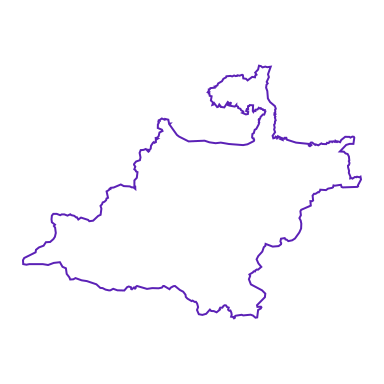 Bandung, Jawa Barat, Indonesia
{"feature_id": "22746128B73297609500416", "entity_name": "Bandung", "entity_type": "district", "adm_level": 2, "iso_a3": "IDN", "parent_name": "Indonesia", "parent_adm1": "Jawa Barat", "projection": "mercator", "projection_center": [107.664, -7.063], "detail": "fine", "context": "isolated", "style": "outline", "palette": "violet", "viewbox_px": 384, "rotation_deg": 0, "n_neighbors": 0, "source": "geoboundaries", "source_scale": "gbopen_adm2", "svg_char_len": 6023}
<svg xmlns="http://www.w3.org/2000/svg" viewBox="0 0 384 384"><path d="M270.7,66.7L267.3,67.2L265.3,66.6L262.5,67.4L260.9,66.1L259.0,65.7L258.1,69.5L255.2,72.6L256.5,74.7L255.3,75.4L255.0,77.3L252.2,76.9L247.6,80.4L246.0,78.8L243.3,78.4L242.9,75.2L242.1,74.8L239.6,75.7L237.4,75.3L237.1,75.9L235.6,76.1L234.1,75.5L232.2,76.4L230.4,75.9L226.4,76.3L226.0,77.4L223.4,78.8L222.0,81.2L218.1,83.5L217.4,85.4L216.0,86.0L215.8,86.7L214.6,86.6L214.7,87.7L210.4,88.1L209.8,89.2L208.8,89.4L208.9,90.5L207.9,92.1L209.3,92.2L208.8,93.5L209.4,93.7L209.7,95.8L211.6,96.3L210.9,100.5L213.1,102.6L212.4,104.9L213.8,104.4L214.3,103.3L217.2,107.1L218.1,106.8L219.3,104.5L219.7,105.0L218.9,105.8L220.6,106.2L220.7,106.9L224.3,107.4L227.8,102.0L228.9,102.9L228.1,105.1L228.7,105.3L231.1,102.2L230.0,105.7L234.8,106.6L236.3,104.9L236.3,105.8L238.0,106.7L238.2,108.0L240.4,108.8L241.1,110.2L243.3,111.6L243.3,112.4L242.4,112.9L245.9,114.4L247.9,114.0L248.2,111.9L246.2,111.0L246.8,109.1L248.1,109.4L248.0,106.5L248.2,106.0L249.2,106.0L249.7,105.1L253.1,105.3L252.8,111.0L253.4,112.0L254.2,110.8L255.4,111.0L255.5,109.7L257.5,109.5L258.8,107.8L259.4,108.4L260.7,108.1L260.9,108.8L262.9,109.3L263.1,110.0L264.8,110.1L264.7,110.8L265.4,111.3L264.2,114.6L262.9,114.5L260.6,116.9L260.0,118.7L258.9,119.1L258.7,119.8L259.3,120.1L258.8,122.4L259.2,122.6L258.7,124.4L256.3,128.9L254.7,129.8L253.8,133.1L252.4,134.0L252.1,137.3L252.7,138.3L253.6,138.3L254.2,140.0L253.8,141.1L247.5,144.3L243.1,145.1L228.9,144.0L220.8,142.6L215.6,143.2L209.4,142.3L204.6,140.7L188.6,141.4L179.1,136.6L176.9,134.9L169.7,124.8L169.4,124.3L170.1,123.6L169.1,123.7L168.3,119.7L165.0,118.9L164.7,119.7L161.8,118.5L159.8,119.9L159.8,120.7L158.7,120.4L158.3,121.9L158.9,122.7L157.9,124.4L157.8,128.0L161.9,129.7L162.5,131.0L159.5,132.5L158.6,136.2L157.5,137.5L155.7,138.0L155.8,138.6L157.5,138.8L155.8,139.9L155.9,142.1L154.4,142.8L153.8,142.1L153.0,142.7L151.0,145.8L150.7,148.6L149.5,150.1L148.7,149.9L149.1,151.1L148.4,151.7L145.8,149.0L143.5,149.9L140.7,150.1L139.6,152.9L140.5,157.4L139.9,160.2L136.1,161.5L134.2,163.8L134.0,164.7L135.3,166.7L134.3,169.3L135.7,170.4L136.0,171.4L137.5,172.1L136.8,177.8L134.4,180.4L134.4,185.8L135.2,186.4L135.3,188.9L133.5,187.4L131.6,187.3L129.8,186.4L123.8,186.1L120.8,184.5L113.7,187.5L110.9,187.8L110.5,189.0L109.6,188.7L108.8,190.1L106.6,191.4L108.0,197.8L106.5,198.5L106.1,200.2L104.4,201.8L102.7,202.4L102.0,204.3L100.5,205.9L101.4,208.6L100.6,214.8L98.2,215.9L93.1,220.7L89.3,221.2L88.1,219.9L81.0,217.6L78.3,219.5L76.9,217.3L76.2,217.4L74.2,215.8L71.2,215.1L70.3,214.3L67.5,215.6L64.3,214.4L61.7,214.4L60.2,215.2L56.8,213.9L53.3,213.9L51.9,215.6L51.5,219.3L51.9,222.3L55.0,224.7L53.9,226.0L55.1,227.6L55.8,233.0L54.9,236.8L53.4,239.1L50.1,242.0L45.9,242.2L43.6,245.7L39.0,247.4L36.0,249.8L35.6,252.3L24.2,258.0L23.0,260.2L23.2,264.1L26.4,264.7L29.5,264.1L42.6,264.1L48.1,265.0L53.8,262.9L59.9,262.2L62.5,266.8L65.9,268.3L66.7,273.9L69.4,277.4L70.2,279.5L73.3,279.3L75.5,278.1L81.6,280.3L86.9,281.1L96.4,284.3L100.3,287.9L102.6,288.1L105.5,289.6L109.1,290.4L110.4,290.3L113.2,288.8L117.4,290.3L124.3,290.5L127.2,287.1L128.8,286.5L131.0,287.3L131.2,289.0L131.9,289.3L133.8,287.6L135.0,288.6L135.6,288.0L135.1,287.3L137.0,286.0L147.0,288.9L152.3,288.1L158.6,288.3L161.9,287.6L163.2,286.0L164.1,286.0L169.5,289.2L170.7,287.7L173.4,286.2L175.0,286.0L179.9,290.0L183.2,291.7L185.5,294.7L185.8,296.9L187.4,298.6L191.6,301.1L192.6,300.6L194.6,301.9L195.9,301.8L197.1,303.5L198.1,307.1L197.0,310.0L198.8,314.2L202.4,314.9L206.2,313.8L209.9,309.6L211.2,311.0L213.8,311.1L216.6,312.3L219.9,309.6L219.5,309.1L220.2,307.7L222.3,307.7L223.6,305.8L224.9,305.2L226.1,305.5L227.0,307.0L228.7,307.6L228.1,309.7L229.3,310.8L230.4,310.5L231.3,312.5L231.7,314.7L231.1,316.7L233.0,317.0L234.0,318.3L234.9,317.7L234.7,316.4L235.8,315.7L241.7,314.8L243.2,315.4L250.6,314.7L252.9,315.5L255.5,317.7L257.2,317.4L258.1,310.0L260.8,308.5L261.4,307.3L260.9,306.7L257.4,306.9L257.0,305.2L264.9,297.2L265.3,293.6L262.0,290.3L250.9,284.4L248.9,279.2L250.2,275.9L249.4,274.5L252.9,272.4L253.6,271.4L255.1,271.4L255.3,270.5L256.8,269.5L258.0,269.7L261.3,266.9L258.4,263.4L256.6,259.3L258.3,256.0L262.3,251.6L263.8,247.2L265.3,245.9L265.6,243.9L272.7,246.6L278.6,246.1L281.0,244.3L281.2,243.1L280.4,241.5L281.0,238.7L284.7,238.1L285.5,239.5L286.6,239.6L288.3,241.1L292.2,240.3L295.0,238.5L299.3,232.5L301.1,228.5L301.3,223.6L300.7,220.6L299.4,218.1L300.9,215.2L300.4,211.2L301.2,209.8L310.8,205.6L310.4,201.1L312.0,201.2L313.1,200.5L312.6,195.6L314.0,193.8L315.6,193.8L318.1,192.1L318.8,192.3L320.2,190.5L320.3,189.7L326.0,190.1L328.1,188.6L331.9,187.9L333.0,187.3L333.5,185.4L334.8,185.7L340.9,184.8L341.6,187.0L342.8,187.4L357.3,186.9L358.1,186.3L357.9,185.4L361.0,179.5L360.5,176.7L359.5,177.3L357.0,176.7L356.5,177.2L354.9,177.0L352.5,178.6L351.8,178.1L350.2,178.4L350.4,176.6L348.8,172.8L349.1,170.9L348.1,167.4L348.0,165.6L349.0,164.9L349.5,163.0L348.8,161.1L349.3,160.4L348.9,156.5L347.6,154.0L345.5,153.4L343.9,151.7L339.9,151.5L346.2,144.9L349.5,143.9L353.4,143.9L354.3,137.7L353.8,136.8L352.4,136.6L350.4,137.6L349.5,136.9L345.2,136.8L341.2,140.0L340.1,142.2L337.8,141.4L337.3,141.9L336.7,141.4L336.3,141.8L335.3,140.8L334.8,141.9L333.2,141.3L332.2,142.1L331.7,141.5L329.5,141.6L329.4,142.5L328.5,143.1L327.0,142.8L326.3,144.1L322.4,144.0L321.4,143.4L318.3,145.3L315.7,144.4L315.2,144.9L312.1,142.5L311.0,142.5L310.0,143.6L311.4,145.1L309.9,146.2L308.8,145.6L308.7,143.9L296.0,142.6L286.9,139.7L286.3,137.8L284.8,137.8L284.6,138.8L282.6,138.3L282.7,140.0L280.1,138.9L280.9,137.7L278.1,136.3L278.0,137.7L277.1,138.4L276.6,137.0L275.6,136.6L274.9,137.9L273.3,138.3L272.6,135.8L275.1,132.2L274.1,129.4L274.7,127.6L274.1,124.8L274.9,123.6L275.0,121.2L275.7,120.5L274.9,117.5L275.4,116.7L274.5,115.2L275.1,114.6L274.6,114.4L275.2,113.5L274.5,113.0L275.3,112.0L275.1,109.6L275.8,108.8L274.9,106.1L270.1,102.1L267.9,98.5L267.3,91.0L266.1,87.7L266.5,84.7L267.7,83.4L266.7,81.9L268.9,77.1L268.0,74.3L270.7,66.7Z" fill="none" stroke="#5b21b6" stroke-width="2"/></svg>